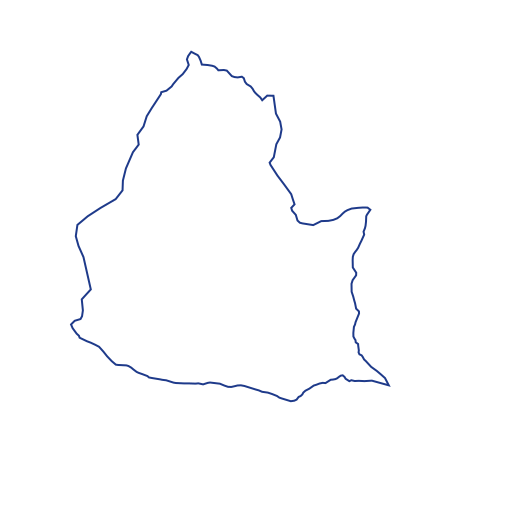 outline of Talo, Punakha, Bhutan, rotated 205°
{"feature_id": "84629894B89675802182154", "entity_name": "Talo", "entity_type": "district", "adm_level": 2, "iso_a3": "BTN", "parent_name": "Bhutan", "parent_adm1": "Punakha", "projection": "orthographic", "projection_center": [89.823, 27.557], "detail": "fine", "context": "isolated", "style": "outline", "palette": "blue", "viewbox_px": 512, "rotation_deg": 205, "n_neighbors": 0, "source": "geoboundaries", "source_scale": "gbopen_adm2", "svg_char_len": 2930}
<svg xmlns="http://www.w3.org/2000/svg" viewBox="0 0 512 512"><g transform="rotate(205 256 256)"><path d="M401.0,413.7L401.4,411.9L402.0,408.5L401.7,405.0L397.7,400.7L397.9,396.2L399.3,389.8L401.6,384.6L403.7,376.7L404.1,374.0L407.0,368.0L411.1,364.4L410.6,362.4L413.0,346.0L414.1,336.5L412.7,325.9L414.7,315.7L409.4,307.4L411.4,298.1L410.9,280.4L408.5,268.1L404.7,259.1L407.2,248.3L417.2,233.9L425.3,220.9L431.0,208.7L427.7,197.8L421.1,190.1L411.9,182.1L391.6,155.9L395.6,143.1L389.9,133.5L388.2,127.9L388.4,124.7L392.9,120.7L394.7,115.8L391.7,113.1L389.0,111.6L385.7,109.8L382.8,108.9L381.3,107.4L373.1,107.3L369.2,107.6L364.4,107.6L359.9,107.4L354.0,104.9L348.6,102.2L342.2,99.7L337.1,98.3L335.1,98.9L327.2,102.1L325.1,102.4L321.9,102.1L319.3,101.4L315.2,100.5L313.0,100.5L309.0,100.9L303.6,101.3L301.7,100.7L298.5,101.5L290.7,103.7L288.9,104.1L287.0,104.7L284.9,105.4L277.2,106.4L275.0,107.0L267.2,110.2L263.4,112.0L256.8,114.8L254.5,116.2L249.7,117.3L246.0,120.7L244.2,121.9L237.2,124.2L234.8,125.0L229.9,125.2L226.1,125.6L223.0,126.9L219.8,129.4L218.1,130.8L215.1,132.4L211.6,133.3L199.7,134.9L196.7,135.4L193.1,135.5L187.5,137.2L183.1,137.7L177.8,138.0L175.0,137.5L172.3,137.8L163.1,139.1L160.2,141.0L158.5,143.0L157.8,146.3L156.4,147.9L155.5,150.1L155.4,152.2L154.3,154.8L151.6,158.3L148.9,163.0L146.9,164.8L144.5,167.3L142.0,169.2L139.3,170.2L136.0,175.4L134.1,176.5L132.0,178.0L130.8,179.4L129.7,181.6L128.6,183.4L127.0,184.5L124.6,183.8L122.9,182.6L118.5,182.0L117.1,183.7L113.7,184.4L110.1,186.3L104.9,188.4L98.3,192.0L81.0,194.9L87.5,199.9L92.5,201.4L98.0,202.9L104.8,204.2L112.1,207.2L114.3,207.9L116.7,209.7L118.3,210.6L120.7,210.6L122.3,212.0L122.9,213.9L125.4,217.8L126.3,219.4L129.1,219.9L130.3,221.8L131.8,222.7L133.7,224.2L135.3,227.5L137.3,233.2L137.3,235.8L137.8,238.1L138.3,247.4L139.3,249.3L143.0,250.6L146.3,255.1L147.9,256.9L150.8,260.4L154.2,264.0L157.7,271.2L158.2,275.0L157.1,280.8L158.1,283.2L163.4,286.5L166.7,293.2L167.9,296.2L168.3,299.0L167.8,301.9L167.3,303.9L166.9,306.6L167.0,311.2L166.9,314.2L167.0,321.1L168.8,323.5L169.0,327.2L169.5,329.7L170.8,333.6L172.9,338.6L172.9,340.3L171.9,346.2L175.3,347.0L177.3,346.2L180.2,344.8L183.8,342.8L189.4,339.4L192.5,336.2L194.2,333.8L195.4,331.1L196.6,327.7L198.3,324.5L201.2,321.4L205.3,318.4L211.6,315.2L217.2,308.2L227.6,305.2L230.3,304.7L233.4,305.7L237.3,310.1L242.4,312.3L244.4,314.5L242.9,319.1L246.8,323.2L250.2,326.9L260.5,332.6L270.5,337.9L281.4,344.7L283.1,346.4L281.6,353.0L284.8,365.9L284.3,373.6L286.3,381.5L290.9,388.0L298.1,393.5L307.9,408.6L313.6,406.1L316.2,399.8L319.1,401.5L323.2,402.7L325.7,403.6L327.5,404.5L329.7,406.1L332.4,407.4L337.1,407.9L339.7,409.3L342.2,412.0L344.6,412.5L348.1,410.1L351.1,409.1L353.9,408.8L360.8,411.7L363.7,411.0L368.6,408.4L370.7,409.4L373.6,410.2L376.1,409.9L380.4,408.7L386.0,406.6L388.7,409.6L391.9,412.4L393.7,413.4L397.2,413.5L401.0,413.7Z" fill="none" stroke="#1e3a8a" stroke-width="2"/></g></svg>